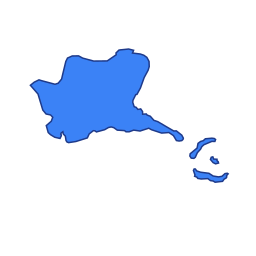 Conakry, Dubréka, Guinea, rotated 244°
{"feature_id": "49546643B29247776226513", "entity_name": "Conakry", "entity_type": "district", "adm_level": 2, "iso_a3": "GIN", "parent_name": "Guinea", "parent_adm1": "Dubréka", "projection": "albers", "projection_center": [-13.665, 9.597], "detail": "fine", "context": "isolated", "style": "filled", "palette": "blue", "viewbox_px": 256, "rotation_deg": 244, "n_neighbors": 0, "source": "geoboundaries", "source_scale": "gbopen_adm2", "svg_char_len": 2087}
<svg xmlns="http://www.w3.org/2000/svg" viewBox="0 0 256 256"><g transform="rotate(244 128 128)"><path d="M176.5,60.5L173.7,64.1L170.7,65.1L167.7,62.0L166.0,55.6L158.9,54.3L156.0,55.4L151.8,58.1L148.4,62.3L150.3,64.7L151.7,65.1L152.0,64.9L152.8,65.7L153.2,67.8L151.1,67.2L148.1,68.1L143.9,66.8L142.2,67.0L140.9,68.2L138.7,75.2L136.9,87.1L139.7,90.5L140.4,93.8L140.8,95.6L140.0,97.0L138.3,97.9L137.7,101.0L136.7,106.3L137.0,110.7L136.3,113.4L134.5,115.4L130.8,117.4L127.2,123.7L126.0,124.3L125.5,124.5L124.1,127.3L123.6,132.2L120.0,137.5L119.6,140.4L118.7,146.6L116.2,148.3L108.7,156.0L107.5,159.0L106.9,160.5L106.0,162.8L101.3,165.5L95.5,166.0L93.9,168.2L93.1,170.8L93.6,172.4L94.6,173.3L98.0,173.2L104.2,170.2L105.3,167.8L111.7,163.5L120.6,157.6L123.6,154.6L128.8,153.2L131.2,150.9L132.6,150.6L134.0,147.2L136.4,148.3L137.1,148.2L139.6,147.8L139.6,147.6L139.6,147.3L139.8,146.9L140.4,145.0L143.0,144.4L144.4,142.9L148.9,143.5L150.6,144.5L151.9,146.1L154.6,149.6L154.3,150.8L158.5,156.7L166.2,164.6L171.1,171.4L173.9,174.0L178.6,176.1L183.2,175.9L186.5,174.1L189.1,171.5L193.4,164.9L195.4,167.1L198.7,163.2L201.6,155.3L202.0,154.0L200.7,150.1L199.0,149.5L197.4,138.7L203.2,126.5L210.7,117.9L214.5,115.2L217.2,109.4L217.4,104.3L215.1,101.3L204.1,92.2L201.1,89.8L198.8,84.8L198.9,84.6L199.3,81.6L208.4,71.1L210.3,69.1L210.3,63.9L209.2,59.0L198.0,62.0L181.5,59.3L176.5,60.5ZM43.8,197.4L44.5,195.2L43.4,191.3L44.4,187.9L47.5,183.5L51.8,180.9L56.5,173.8L59.4,170.9L61.6,170.6L62.2,169.5L61.2,168.2L56.4,167.6L55.4,166.7L53.7,168.3L52.1,168.6L50.1,171.4L47.5,177.6L44.6,179.0L43.0,181.3L41.1,182.5L38.6,189.6L39.9,192.0L40.0,194.2L40.7,195.3L41.9,195.6L42.9,197.9L43.8,197.4ZM80.8,200.9L82.1,198.9L84.4,192.8L83.6,190.0L84.1,187.4L83.5,184.2L79.7,181.3L77.6,172.6L75.7,171.3L73.2,171.6L71.8,173.9L72.2,175.7L75.4,179.5L77.2,184.0L78.9,186.2L79.7,189.0L79.6,190.5L79.2,197.5L77.8,200.2L79.3,201.7L80.8,200.9ZM65.2,190.0L63.6,188.3L59.6,189.3L57.4,191.0L56.8,194.0L58.2,194.3L59.6,193.7L60.9,194.3L62.5,191.4L64.9,191.6L65.2,190.0Z" fill="#3b82f6" stroke="#1e3a8a" stroke-width="1.5"/></g></svg>